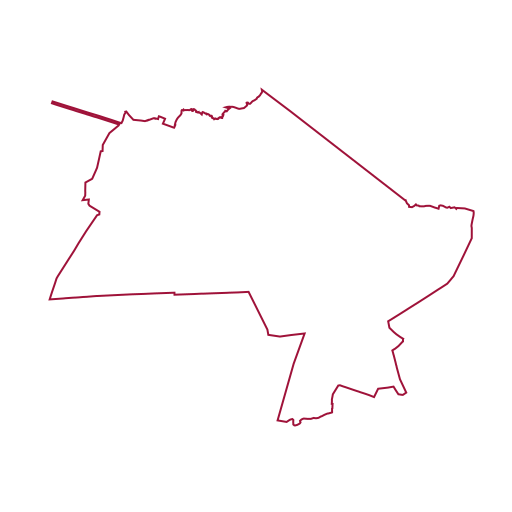 the district of Aizkraukle, Aizkraukles, Latvia, rotated 274°
{"feature_id": "27541924B59656090985212", "entity_name": "Aizkraukle", "entity_type": "district", "adm_level": 2, "iso_a3": "LVA", "parent_name": "Latvia", "parent_adm1": "Aizkraukles", "projection": "mercator", "projection_center": [25.251, 56.596], "detail": "fine", "context": "isolated", "style": "outline", "palette": "rose", "viewbox_px": 512, "rotation_deg": 274, "n_neighbors": 0, "source": "geoboundaries", "source_scale": "gbopen_adm2", "svg_char_len": 5885}
<svg xmlns="http://www.w3.org/2000/svg" viewBox="0 0 512 512"><g transform="rotate(274 256 256)"><path d="M402.9,280.0L416.1,259.7L422.3,250.2L421.9,250.3L421.3,250.8L419.3,250.4L418.4,249.6L417.9,249.5L416.3,248.6L416.0,248.2L414.9,247.4L414.6,246.6L413.7,245.9L413.0,245.8L411.6,244.1L411.1,243.4L410.4,242.1L409.6,241.2L408.6,240.5L407.4,239.4L407.4,238.4L407.8,237.7L408.4,237.3L408.5,236.4L408.1,235.9L406.1,236.7L405.4,236.4L403.9,234.9L402.7,233.6L402.3,231.8L401.8,230.0L401.6,228.9L401.9,227.4L402.4,225.8L403.0,223.5L403.2,222.1L403.0,219.9L403.1,219.0L402.7,216.8L402.2,215.4L401.3,219.2L400.4,218.2L398.3,216.7L398.6,215.9L398.7,215.2L397.8,214.9L397.5,214.7L397.0,214.0L396.6,213.8L395.3,212.8L394.9,212.7L394.6,212.7L394.6,213.0L394.5,213.6L393.9,213.5L393.3,213.3L392.8,213.1L392.6,212.8L392.5,212.6L392.3,212.5L391.9,212.7L391.5,212.6L391.3,212.6L391.3,211.9L391.5,211.9L391.8,212.0L392.0,211.9L392.1,211.4L392.0,210.9L391.8,210.0L391.5,209.8L391.1,209.5L391.1,209.2L390.8,208.8L390.2,208.8L390.1,208.7L389.9,208.1L389.9,207.8L390.0,206.4L390.3,206.3L390.4,206.1L390.2,205.1L389.9,205.1L389.7,205.0L389.5,204.7L389.8,204.5L390.1,204.2L390.5,203.8L390.6,203.4L390.5,203.1L390.6,202.8L391.0,202.3L391.3,202.2L391.5,202.5L391.8,202.5L392.0,202.4L392.5,202.2L392.8,201.9L392.8,201.7L392.6,201.2L392.6,200.8L392.5,200.5L392.6,200.1L393.0,199.8L393.5,199.7L393.8,199.1L394.1,198.6L394.2,198.2L394.3,197.9L394.1,197.5L393.9,197.3L393.8,196.9L394.1,196.5L394.7,196.4L394.8,195.4L394.9,194.7L395.4,194.2L395.9,192.8L395.5,192.4L393.4,192.0L395.0,190.0L395.1,188.2L395.5,188.3L395.4,188.0L395.5,187.5L395.4,186.6L395.6,186.1L395.8,186.1L396.4,186.3L396.7,186.0L397.1,185.6L397.3,185.1L398.0,184.4L398.2,183.6L398.0,182.9L397.6,182.5L397.3,182.4L397.2,182.7L396.8,183.0L396.5,183.1L396.3,182.9L396.2,182.3L396.4,182.1L397.1,181.5L397.6,181.4L398.0,181.4L398.1,181.2L397.7,180.5L397.3,180.3L397.2,180.1L397.0,179.8L396.8,179.2L396.8,178.7L396.9,178.2L396.6,175.0L396.5,174.3L396.2,173.8L397.0,173.4L396.3,172.6L396.3,171.8L395.8,171.6L392.9,171.7L391.1,170.7L389.5,169.3L388.5,168.5L388.2,168.3L386.6,167.4L384.0,166.4L381.0,165.9L380.9,166.3L378.3,165.4L378.4,164.7L379.4,161.3L381.5,153.9L385.9,155.5L386.6,155.7L388.2,150.9L388.6,149.4L386.0,148.7L385.8,148.7L386.3,145.8L386.0,145.8L386.3,144.2L385.3,142.0L383.7,138.5L384.0,138.5L382.8,135.9L382.8,135.5L383.1,131.9L383.3,124.2L387.8,119.4L391.1,116.5L390.8,115.6L390.1,115.9L387.8,114.7L385.3,114.3L381.8,113.6L379.2,112.5L379.6,110.3L381.5,103.0L382.1,100.6L382.8,97.7L383.1,96.4L384.6,90.5L384.9,89.2L387.2,79.0L388.8,72.3L390.7,64.5L392.5,56.8L395.9,42.7L396.0,42.3L394.1,41.8L393.0,46.0L389.7,59.8L388.8,63.8L388.2,66.0L387.9,67.2L387.2,70.3L386.5,73.3L385.9,76.0L385.3,78.1L385.3,78.4L384.5,81.8L383.7,84.9L383.2,87.6L379.2,103.8L377.7,109.7L377.6,110.3L377.0,110.0L376.5,109.7L368.4,101.2L356.1,95.4L350.0,95.6L349.6,93.8L341.5,92.6L335.6,91.7L333.0,91.3L330.1,90.3L321.6,87.2L317.4,80.7L308.9,81.1L308.2,81.2L307.2,81.3L306.9,81.3L304.5,81.4L304.3,81.4L304.0,81.3L299.6,79.2L300.7,85.3L296.4,85.1L294.6,86.4L289.2,96.8L286.5,96.8L285.6,94.6L269.0,84.9L256.4,78.1L249.0,74.4L245.3,72.4L240.4,69.7L222.0,59.7L219.7,58.6L214.8,57.4L205.7,55.0L200.0,53.6L198.3,53.2L200.2,66.8L200.6,69.0L200.9,71.1L201.4,74.6L201.7,76.7L201.9,78.6L202.4,82.3L203.1,86.7L203.4,89.4L204.0,93.3L204.9,99.2L205.1,101.2L209.1,134.6L210.4,147.2L211.7,158.3L211.8,159.4L213.7,177.2L211.7,177.4L212.4,184.0L213.8,197.3L214.6,204.0L214.8,206.6L215.7,214.8L217.2,229.2L217.5,231.6L218.4,240.4L219.7,251.1L206.5,258.9L196.8,264.6L183.4,272.5L178.2,273.8L177.3,285.5L179.6,296.5L182.1,309.9L151.2,301.1L93.5,289.0L92.6,298.1L94.9,301.1L95.3,301.9L95.9,303.6L95.6,304.0L95.2,304.6L94.8,304.7L93.0,304.7L91.5,304.9L90.5,305.0L89.7,306.1L89.7,306.9L90.4,308.9L91.7,311.0L92.2,311.5L93.1,312.0L94.6,311.4L96.0,312.7L96.5,313.5L97.1,314.7L97.2,315.9L97.1,316.6L97.2,317.1L97.1,318.3L97.3,321.2L97.4,322.2L98.5,324.9L98.3,326.4L98.4,327.6L98.8,329.3L99.3,330.3L100.0,331.2L100.2,331.6L100.4,331.8L100.7,332.7L101.0,333.2L102.2,335.1L102.9,336.4L103.8,338.2L103.9,338.9L104.2,339.9L104.6,340.9L104.7,341.3L104.8,341.6L104.9,341.9L105.1,342.3L105.3,342.8L105.6,342.8L109.0,342.5L109.3,342.8L113.5,342.7L113.8,342.7L113.8,342.2L113.8,341.9L115.8,341.9L117.6,341.8L118.1,341.7L121.3,342.1L123.4,342.3L132.5,347.1L132.9,348.7L132.9,348.8L132.4,350.5L131.9,352.3L131.5,354.0L129.2,362.7L128.3,366.2L127.9,367.9L127.4,369.6L127.0,371.3L126.1,374.9L125.1,378.6L123.5,383.6L132.1,387.1L133.9,396.7L135.3,402.3L131.8,404.8L128.0,407.7L127.9,409.2L127.8,409.9L127.7,411.4L127.7,412.2L130.2,415.4L134.0,413.3L143.1,408.2L154.9,404.1L156.1,403.8L157.3,403.3L158.4,403.0L159.7,402.6L160.9,402.2L161.1,402.1L162.1,401.8L162.5,401.7L163.3,401.4L163.9,401.2L164.6,401.0L165.3,400.7L165.8,400.6L167.1,400.1L167.6,399.9L168.3,399.7L168.6,399.6L170.0,399.1L171.3,398.6L172.6,400.3L173.1,401.1L176.1,404.4L180.5,408.0L181.0,408.6L183.3,408.4L183.7,408.6L184.6,406.8L185.4,405.3L186.5,403.5L187.7,401.5L189.7,398.8L193.7,394.1L200.1,392.4L207.1,402.1L214.7,412.4L222.6,423.2L223.9,424.9L224.1,425.2L228.2,430.7L235.6,440.5L236.9,442.3L239.9,446.3L241.5,448.4L241.7,448.7L245.5,451.5L247.9,453.2L249.6,454.5L249.9,454.6L271.9,463.4L288.8,470.0L299.0,469.3L301.0,468.8L302.7,468.9L307.5,469.5L311.2,470.1L313.2,470.2L314.9,470.1L316.0,469.8L318.0,461.0L318.0,460.3L317.9,453.0L317.3,452.7L317.0,452.5L317.5,452.0L318.4,450.6L317.9,448.8L317.4,446.9L318.6,445.5L317.7,443.8L317.5,443.4L317.7,442.1L319.1,439.0L319.4,436.6L318.9,435.3L315.9,434.8L316.5,432.4L316.8,430.9L317.5,428.6L317.8,427.5L318.2,426.1L318.1,425.0L318.1,424.8L317.9,422.2L317.3,420.2L317.1,417.4L317.0,415.5L317.6,414.8L317.7,412.7L318.6,411.9L317.0,410.4L315.6,408.2L315.7,405.3L317.3,405.1L319.1,402.9L320.4,402.2L322.0,401.4L321.8,401.1L402.9,280.0Z" fill="none" stroke="#9f1239" stroke-width="2"/></g></svg>